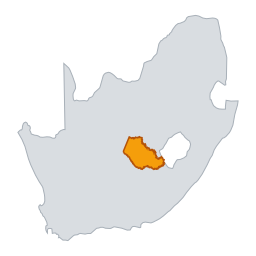 Xhariep, Free State, South Africa (highlighted)
{"feature_id": "47623444B92402502391318", "entity_name": "Xhariep", "entity_type": "district", "adm_level": 2, "iso_a3": "ZAF", "parent_name": "South Africa", "parent_adm1": "Free State", "projection": "equal_earth", "projection_center": [25.946, -29.761], "detail": "fine", "context": "in_parent", "style": "filled", "palette": "amber", "viewbox_px": 256, "rotation_deg": 0, "n_neighbors": 0, "source": "geoboundaries", "source_scale": "gbopen_adm2", "svg_char_len": 8541}
<svg xmlns="http://www.w3.org/2000/svg" viewBox="0 0 256 256"><path d="M188.3,16.6L195.6,15.4L198.9,16.1L202.8,18.0L206.5,18.7L212.7,18.0L214.9,18.3L216.6,19.0L217.8,20.1L219.5,27.8L220.9,36.1L220.8,38.8L221.0,39.8L222.8,43.3L223.4,45.5L224.4,47.3L226.5,56.1L226.8,57.7L226.4,78.9L225.5,81.5L225.8,84.8L224.7,85.2L218.7,81.0L217.6,81.1L215.8,82.7L214.2,85.2L213.4,87.3L210.2,93.0L209.9,96.6L210.2,99.7L211.2,99.8L211.9,102.1L213.5,105.6L216.3,107.9L218.9,108.9L222.6,109.2L225.5,109.1L225.4,106.7L226.1,100.3L231.0,101.1L238.1,100.9L237.5,105.0L234.8,114.5L232.9,125.1L230.7,130.4L229.4,132.6L225.9,136.5L224.0,137.8L222.5,138.2L216.5,146.1L214.2,149.9L212.2,155.4L210.2,158.4L207.2,164.8L202.1,174.2L197.8,180.4L196.0,182.2L194.7,183.0L191.3,186.6L186.6,192.4L183.0,197.5L177.6,203.2L174.5,205.7L169.8,210.7L168.5,211.4L163.3,216.0L159.5,218.8L153.4,222.0L151.0,222.9L145.3,222.1L142.9,222.6L140.9,224.5L140.7,227.3L139.9,227.7L134.6,226.4L132.5,226.6L131.2,228.1L130.2,230.0L127.2,230.1L121.8,228.2L115.5,227.0L114.0,226.8L111.0,228.3L109.9,228.5L105.4,228.2L102.9,227.3L100.6,227.3L98.8,228.0L96.6,228.3L90.7,233.5L87.7,233.5L85.0,234.1L80.3,233.4L79.0,233.8L77.6,234.7L74.4,235.1L73.2,235.9L67.9,240.6L65.7,240.1L62.9,240.1L59.7,237.5L58.5,237.7L58.8,236.9L58.8,235.6L57.7,234.2L56.5,234.3L55.8,233.1L53.9,233.0L52.3,233.4L51.9,229.0L51.1,228.5L49.2,228.4L48.3,228.6L47.9,229.0L47.4,230.0L47.5,233.1L46.8,232.2L46.0,230.4L45.7,228.4L45.9,226.0L47.3,225.2L46.8,222.2L44.4,217.1L43.0,216.0L41.9,213.4L40.7,212.4L40.2,210.6L39.2,209.1L38.7,206.8L39.3,205.4L40.2,204.7L41.1,205.8L42.3,205.4L43.9,203.7L44.8,201.1L44.7,197.0L44.4,194.5L42.9,187.8L42.2,186.3L39.1,181.5L35.5,175.1L30.8,165.0L28.5,158.9L25.0,146.5L22.0,139.5L18.3,133.0L17.9,132.5L18.4,131.8L20.2,130.2L21.0,129.8L21.5,130.0L21.9,129.6L22.3,128.6L22.5,126.2L23.3,123.8L24.1,122.8L25.7,122.1L27.0,123.0L27.5,123.9L27.8,125.1L28.3,125.6L29.2,125.6L29.9,126.3L30.3,127.8L30.2,128.9L29.8,129.6L29.8,130.5L30.5,131.6L31.3,134.0L34.7,135.2L36.6,135.4L38.4,136.0L40.1,137.1L42.9,137.3L46.7,136.8L49.9,137.0L52.4,138.1L54.3,138.3L55.4,137.6L55.8,136.7L55.7,135.4L56.2,134.6L57.4,134.3L58.4,133.3L59.2,131.8L60.9,130.5L63.6,129.5L65.0,129.6L63.8,63.4L68.8,68.0L70.0,70.1L72.6,76.4L75.2,84.0L75.6,87.7L75.5,88.5L73.1,93.6L73.0,96.0L73.3,98.9L73.9,100.4L74.7,100.9L76.4,100.1L79.1,100.9L84.3,100.6L86.9,101.0L87.5,100.7L88.1,100.1L88.8,98.4L89.4,97.8L91.7,97.0L92.8,96.0L94.5,92.6L99.6,88.0L100.1,86.8L103.2,75.8L104.2,74.2L105.6,73.1L108.5,72.3L110.1,72.7L111.9,73.7L114.0,75.3L117.0,78.3L118.0,78.8L121.0,78.9L122.9,80.9L128.6,82.3L130.2,82.2L131.9,81.1L134.8,81.2L138.0,80.4L139.8,78.4L143.5,66.3L143.9,63.6L144.3,62.9L147.2,61.5L150.9,60.4L151.6,59.9L153.9,56.5L156.8,53.7L158.9,43.9L160.3,41.6L161.1,40.6L161.6,40.6L162.4,40.0L163.4,38.8L164.6,38.0L165.9,37.7L166.8,36.9L167.2,35.6L167.9,35.0L168.9,35.0L169.5,34.6L169.6,33.7L171.8,31.6L171.9,30.8L173.2,28.7L175.7,25.4L178.0,23.6L180.2,23.2L184.3,21.5L185.8,19.9L186.7,17.8L188.3,16.6ZM180.4,159.4L184.0,157.8L186.6,155.7L187.2,151.8L189.3,149.4L190.0,147.2L190.6,144.2L189.5,141.0L187.8,140.0L184.9,137.3L183.6,135.4L181.8,133.8L180.5,131.9L178.5,132.5L175.3,134.0L173.3,135.4L171.6,137.1L168.6,138.3L165.8,143.6L164.9,144.7L162.7,148.6L159.5,150.5L159.4,151.2L160.5,154.3L161.9,157.4L163.4,159.9L163.4,161.5L163.9,162.7L165.2,163.5L167.5,166.7L168.7,167.7L172.2,168.5L172.7,168.3L173.6,166.4L173.8,165.1L176.2,161.0L177.2,159.7L180.4,159.4Z" fill="#d9dde1" stroke="#a8b0b8" stroke-width="1"/><path d="M129.5,136.3L123.5,151.0L123.5,151.9L123.6,152.0L123.9,152.3L124.3,153.4L124.7,153.7L124.7,153.8L125.0,153.8L125.5,153.9L125.6,154.0L125.9,154.4L126.2,154.4L126.4,154.9L127.0,155.5L127.5,155.5L127.6,155.3L127.8,155.5L127.7,156.1L127.9,156.7L128.5,157.0L128.9,156.9L129.4,157.1L129.6,157.5L129.5,158.0L129.7,158.3L129.8,158.6L130.0,158.8L130.0,159.2L130.5,159.5L130.6,160.2L130.8,160.4L130.9,160.8L131.0,160.8L131.2,160.7L131.3,161.0L131.6,161.1L131.6,161.3L131.5,161.6L131.7,161.8L131.9,161.9L132.0,162.2L132.2,162.3L132.5,162.1L132.8,162.7L132.8,163.1L132.7,163.2L132.7,163.5L133.1,163.4L133.5,163.7L133.7,164.3L133.9,164.5L134.1,164.6L134.3,164.9L134.3,165.1L134.2,165.1L134.6,165.7L134.7,165.9L135.0,166.0L135.3,166.0L135.6,166.3L135.9,166.7L136.0,167.0L136.3,167.3L136.5,167.2L136.9,167.1L137.0,167.0L137.5,167.2L137.8,167.3L137.8,167.5L138.2,167.9L138.4,168.1L138.4,168.3L138.5,168.3L139.2,168.0L139.7,168.0L140.0,167.6L140.5,168.1L140.3,168.6L140.5,168.8L140.7,168.7L141.2,168.4L141.3,168.5L141.2,168.9L141.4,169.1L141.7,169.2L142.1,169.2L142.3,169.3L142.5,169.2L142.6,168.6L142.7,168.4L143.4,168.3L143.6,167.9L144.0,167.9L144.0,167.7L143.8,167.0L143.9,166.7L144.1,166.7L144.4,167.1L144.5,167.2L144.4,167.4L144.5,167.5L144.7,167.4L144.7,167.0L144.9,166.8L145.2,166.6L145.8,166.5L146.1,166.4L146.4,166.4L146.7,166.2L146.9,166.3L147.0,166.6L147.3,166.7L147.4,166.3L147.4,166.1L147.2,166.1L147.4,165.7L147.6,165.7L148.0,166.0L148.0,166.4L148.1,166.5L148.4,166.5L148.9,166.7L149.0,167.1L149.2,167.3L149.1,167.5L149.3,167.6L149.6,167.4L150.2,167.6L150.4,167.4L150.6,167.4L150.8,167.2L151.0,167.1L151.4,167.2L151.9,167.6L151.8,168.1L152.1,168.3L152.8,168.8L153.1,168.9L153.8,168.8L153.9,169.0L153.7,169.2L153.7,169.3L153.8,169.4L154.1,169.3L154.4,168.9L154.5,169.2L154.8,169.2L155.1,168.9L155.4,168.9L155.7,168.6L156.1,168.4L156.2,168.5L156.6,168.9L156.6,169.2L156.9,169.2L157.0,169.1L157.1,168.8L157.4,168.9L157.8,168.9L158.0,168.8L158.0,168.7L157.8,168.1L158.0,167.9L158.7,167.6L158.9,167.8L159.1,167.7L159.3,167.5L159.2,167.4L158.9,167.0L158.7,166.9L158.8,166.6L159.0,166.6L159.3,166.6L159.8,166.4L159.9,166.5L159.9,166.8L160.1,167.0L160.3,166.7L160.5,166.5L160.4,166.2L160.9,166.2L161.2,166.4L161.4,166.1L161.5,165.7L161.6,165.8L161.6,166.1L161.8,165.7L162.0,165.6L162.0,166.0L162.5,166.0L162.7,165.9L163.1,165.7L162.9,165.4L162.6,165.3L162.6,165.2L162.8,164.9L163.2,165.1L163.6,164.8L163.5,164.6L163.2,164.7L163.1,164.4L163.2,164.2L163.6,164.2L163.7,164.3L163.8,164.2L164.1,164.1L164.0,163.8L164.0,163.7L163.8,163.4L163.7,163.7L163.5,163.4L163.6,163.1L163.4,163.1L163.5,162.8L163.8,162.8L163.8,162.6L164.0,162.6L163.9,162.5L163.7,162.4L163.9,162.3L163.8,162.2L163.7,162.1L163.6,161.8L163.6,161.7L163.6,161.3L163.6,161.1L163.7,160.7L163.8,160.5L163.8,160.3L163.9,160.1L164.1,159.9L164.1,159.7L163.9,159.7L163.1,159.7L162.7,158.1L162.3,157.9L162.3,157.7L162.1,157.6L161.8,157.3L161.6,157.3L161.7,157.2L161.6,156.8L161.3,157.1L160.9,157.2L160.8,157.6L160.5,157.3L160.0,157.6L160.3,157.8L159.9,158.1L159.6,158.5L159.0,158.6L158.7,158.4L158.6,159.1L158.0,159.0L156.3,157.7L156.9,157.5L157.0,157.3L157.0,157.2L156.8,157.2L157.0,157.1L157.0,156.9L156.7,156.8L156.4,156.5L156.1,156.8L156.1,156.7L156.2,156.4L156.3,156.2L156.3,155.9L156.0,155.7L156.2,155.4L156.1,155.1L155.9,155.0L155.6,155.1L155.2,154.3L155.5,153.7L155.7,152.7L155.8,152.5L155.5,152.1L155.4,151.8L155.1,151.9L155.0,152.0L154.9,151.5L154.5,151.8L154.2,152.3L154.2,152.1L153.9,152.0L153.9,151.8L153.7,151.8L153.9,151.0L154.2,150.7L154.2,150.4L153.8,150.6L152.9,150.9L152.9,151.0L152.7,150.9L152.8,150.8L152.7,150.6L152.8,150.5L152.8,150.1L152.8,149.6L152.4,149.5L152.2,149.5L152.1,149.9L152.0,150.0L151.9,149.7L151.5,149.8L151.0,149.5L150.8,149.8L150.6,150.3L149.3,150.0L149.2,148.9L149.1,149.0L149.2,148.7L148.9,148.5L148.9,148.4L148.7,148.3L148.8,148.1L148.4,147.9L147.6,147.7L147.4,147.5L147.3,147.8L147.2,147.8L146.9,147.8L146.9,147.7L146.7,147.6L146.7,147.9L146.3,147.2L146.0,147.1L146.0,147.3L145.9,147.3L145.9,146.8L145.2,146.5L145.1,146.3L144.9,145.9L145.4,145.7L145.8,145.4L145.6,144.9L145.4,144.2L145.0,144.6L144.3,144.8L144.2,143.9L143.6,143.8L143.6,144.0L143.3,143.5L142.9,144.0L142.7,143.9L142.8,143.5L142.6,143.4L142.0,143.4L142.0,142.7L142.4,142.4L141.9,141.9L142.2,141.8L142.3,141.4L141.9,141.4L141.9,141.2L142.0,140.8L141.9,140.7L142.3,139.8L141.7,139.5L142.1,139.0L142.0,138.7L142.0,137.7L141.8,137.7L141.6,137.7L141.4,137.7L141.2,137.5L141.0,137.4L140.9,137.4L140.7,137.4L140.4,137.5L140.3,137.3L140.1,137.2L140.0,137.3L139.8,137.1L139.7,137.2L139.5,137.3L139.4,137.1L139.3,136.8L139.2,136.7L139.0,136.8L138.9,137.0L138.6,137.3L138.1,137.6L137.7,137.5L137.7,137.8L137.2,137.8L137.0,137.7L136.9,137.7L136.6,137.5L136.4,137.6L136.1,137.6L135.9,137.6L135.7,137.4L135.6,137.6L135.4,137.7L135.1,137.5L134.8,137.7L134.9,138.0L134.7,138.3L134.5,138.2L134.3,138.4L134.1,138.4L133.9,138.7L133.6,138.7L133.3,137.7L132.2,137.7L131.9,138.4L131.6,138.4L130.4,137.5L129.6,137.8L129.4,136.8L129.5,136.3Z" fill="#f59e0b" stroke="#b45309" stroke-width="1.5"/></svg>